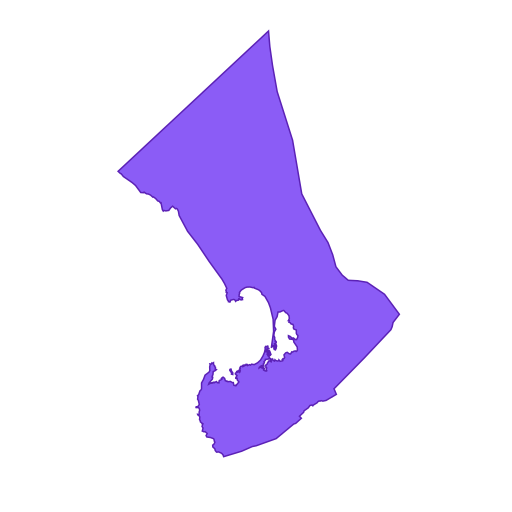 Kota Jayapura, Papua, Indonesia, rotated 227°
{"feature_id": "22746128B85346986276333", "entity_name": "Kota Jayapura", "entity_type": "district", "adm_level": 2, "iso_a3": "IDN", "parent_name": "Indonesia", "parent_adm1": "Papua", "projection": "robinson", "projection_center": [140.72, -2.651], "detail": "fine", "context": "isolated", "style": "filled", "palette": "violet", "viewbox_px": 512, "rotation_deg": 227, "n_neighbors": 0, "source": "geoboundaries", "source_scale": "gbopen_adm2", "svg_char_len": 6153}
<svg xmlns="http://www.w3.org/2000/svg" viewBox="0 0 512 512"><g transform="rotate(227 256 256)"><path d="M113.9,310.9L115.6,321.1L140.4,323.9L161.0,319.3L168.5,313.5L175.3,306.9L183.2,306.0L193.6,307.1L204.5,312.9L216.7,317.8L230.8,320.6L270.2,331.8L315.7,361.7L361.8,383.6L383.9,397.9L399.8,409.0L412.0,418.6L412.0,212.9L408.7,213.1L408.1,213.5L404.6,213.2L394.1,215.5L389.7,216.0L381.0,215.0L378.8,217.1L379.0,217.7L376.2,218.3L374.8,219.5L372.6,220.4L369.4,220.7L369.2,221.3L366.4,221.8L363.3,221.7L361.9,222.5L359.9,222.3L359.7,222.8L353.7,219.1L352.1,218.8L352.1,219.7L350.5,220.8L348.8,223.3L349.4,226.3L349.3,229.0L345.4,229.3L345.0,230.3L344.0,230.5L341.7,229.8L338.0,227.4L320.7,222.8L304.2,221.3L283.8,218.0L262.2,215.3L257.4,214.2L252.3,212.6L251.5,210.6L250.5,210.3L250.0,209.5L248.8,209.9L247.4,207.3L243.3,205.2L241.8,205.2L241.4,204.7L240.1,205.5L240.9,207.4L239.6,209.9L238.6,210.6L236.7,210.2L236.8,211.3L235.7,213.0L236.5,214.2L236.3,214.5L235.9,214.1L234.0,215.2L233.3,216.4L234.3,216.9L234.7,217.9L237.9,216.0L239.4,217.5L240.0,218.8L240.7,219.1L241.1,222.1L240.3,226.4L239.4,228.2L237.4,230.5L235.0,232.1L234.3,233.2L233.7,232.9L229.6,234.8L228.0,235.1L225.4,235.1L223.9,234.2L220.4,235.0L213.3,233.3L208.3,231.2L198.1,225.4L188.9,217.5L178.4,204.6L178.7,206.1L177.0,210.1L177.3,210.2L178.3,208.2L178.8,206.3L179.2,207.2L178.7,207.4L178.1,209.1L178.4,209.8L179.1,209.9L178.5,210.6L179.0,211.9L179.6,212.3L180.1,211.9L180.1,212.3L182.2,212.7L183.6,214.1L185.8,214.9L188.0,217.7L188.9,220.6L192.0,221.4L196.0,226.1L197.2,230.0L200.0,233.9L198.7,235.4L197.6,238.8L197.1,239.2L194.3,239.1L192.9,239.7L189.9,239.4L187.7,237.9L186.9,236.3L186.3,236.3L186.4,235.8L186.0,236.1L185.1,234.9L184.0,235.5L182.3,235.3L180.8,236.4L179.0,235.6L178.0,234.3L176.7,233.9L174.4,235.0L172.0,232.8L170.6,232.3L169.4,232.5L168.1,231.1L167.2,228.7L168.0,227.8L170.5,227.5L171.5,226.3L173.7,226.2L175.6,225.4L174.5,224.4L172.4,223.9L170.1,225.9L168.7,226.1L167.3,225.0L161.4,224.1L159.1,222.3L158.8,221.3L158.0,221.1L158.7,221.2L158.8,220.2L159.8,220.0L160.5,218.8L160.8,217.2L161.5,216.8L160.8,214.5L161.8,213.6L164.3,213.1L164.9,211.6L164.6,209.0L162.2,207.7L161.9,206.7L162.5,205.9L162.4,204.7L161.6,204.9L161.2,204.1L162.5,201.8L164.4,201.9L164.0,201.3L164.3,200.3L166.2,199.1L167.2,199.1L166.6,197.9L167.9,197.3L169.3,197.9L169.3,197.3L170.2,196.9L170.1,195.9L168.8,195.7L168.3,194.9L170.1,194.4L170.6,193.5L169.7,191.7L169.4,191.8L169.9,191.4L169.3,190.1L169.6,188.5L167.6,187.4L166.9,187.5L165.9,185.9L165.6,185.9L164.1,185.4L164.9,185.4L164.9,185.0L165.6,184.4L167.2,183.8L167.9,185.3L168.2,184.4L168.8,185.0L169.2,184.8L169.5,185.5L169.7,184.5L170.7,185.2L170.8,184.2L171.2,184.3L170.9,183.7L171.4,183.7L171.4,184.3L171.8,183.6L172.0,182.0L172.3,182.4L172.1,185.1L170.8,186.7L171.1,187.3L172.0,187.6L172.2,189.3L173.2,189.7L173.4,191.8L174.0,192.3L170.8,196.7L172.5,196.2L172.9,196.8L175.1,196.7L175.4,197.7L174.7,198.0L174.2,197.4L173.6,198.6L175.0,200.0L174.6,200.1L176.9,201.1L177.5,200.5L177.8,200.9L177.9,200.4L176.1,199.4L176.3,198.6L175.6,198.2L176.2,197.6L176.2,198.1L176.8,198.0L176.4,199.3L177.7,199.5L177.3,198.5L177.9,198.4L178.5,199.6L179.1,199.4L179.5,197.9L180.1,198.1L180.2,199.6L179.0,199.9L178.6,200.7L180.6,200.6L180.6,201.8L179.9,201.6L179.8,202.3L180.7,202.0L181.9,203.2L182.5,202.8L182.5,201.4L183.3,201.2L182.7,199.9L181.9,199.6L179.7,196.4L178.1,192.8L176.8,188.3L176.8,184.4L177.8,180.6L179.9,179.0L180.0,177.5L181.0,177.1L181.6,175.2L182.7,175.6L183.2,175.2L183.0,174.5L183.5,174.5L183.3,173.8L183.9,173.1L183.6,172.7L184.0,173.0L184.1,172.8L183.6,172.7L184.1,170.8L185.0,170.6L185.7,169.4L185.1,167.7L184.5,167.9L184.2,167.5L184.2,166.3L183.4,166.0L183.0,166.3L182.5,165.5L182.0,165.8L182.3,165.6L181.9,165.3L182.2,165.4L182.1,164.8L182.8,165.0L183.3,164.4L183.4,163.4L184.1,162.9L184.3,160.9L183.8,160.4L181.6,160.6L181.5,159.9L180.9,159.5L181.0,158.5L180.3,157.8L179.3,158.7L178.2,157.8L175.6,157.6L175.1,154.8L175.3,153.6L174.8,153.4L174.8,152.8L176.5,151.6L178.9,153.1L179.5,152.4L181.8,151.7L183.2,149.7L183.8,149.8L184.5,148.9L185.2,149.0L185.7,148.5L187.9,149.6L189.9,149.3L190.1,147.9L189.6,147.5L189.9,147.1L189.2,146.9L189.5,145.2L189.9,144.6L189.8,143.8L188.5,142.4L189.6,141.4L191.2,141.4L191.6,139.6L192.2,139.4L192.0,138.7L192.9,138.5L192.9,137.1L193.1,136.9L193.2,137.5L193.8,136.7L194.5,133.9L195.2,135.2L195.7,140.1L196.8,141.6L197.3,141.3L197.9,141.9L198.6,143.6L200.6,145.8L199.9,148.5L200.0,149.6L201.0,149.0L202.3,150.5L203.4,150.3L203.8,150.9L205.5,150.9L206.9,152.1L207.0,151.1L207.9,150.9L207.5,149.5L208.5,148.7L207.7,148.3L206.5,146.5L203.7,144.1L203.1,142.5L203.6,137.5L201.5,133.3L200.3,129.6L195.9,125.5L195.5,124.0L195.6,123.0L193.7,119.5L193.7,117.9L192.8,117.7L191.1,115.6L189.8,115.4L186.1,113.3L185.5,110.5L186.5,109.5L186.4,109.0L186.0,108.8L184.3,110.6L182.9,110.4L181.5,109.5L180.8,108.2L178.9,106.3L178.8,105.9L180.0,105.3L179.7,105.1L177.7,105.4L176.6,105.1L174.8,103.1L173.5,102.9L172.7,102.2L170.4,102.5L170.2,102.2L169.5,102.7L168.2,100.3L166.3,99.9L164.6,97.3L162.8,98.1L162.3,99.0L159.5,99.3L158.7,97.0L157.2,96.6L154.3,98.9L151.3,100.4L149.8,99.9L149.3,99.3L147.9,99.0L147.1,97.1L147.2,95.3L145.8,94.2L143.1,94.4L141.5,93.5L139.7,93.4L139.3,93.5L138.3,95.0L135.2,96.3L133.2,96.3L131.3,95.5L123.0,112.4L119.2,123.3L117.1,126.7L108.7,146.2L107.4,169.0L106.5,170.9L106.4,178.5L109.2,178.5L109.2,184.2L110.0,185.6L109.3,190.7L109.9,193.5L108.8,195.3L107.7,195.4L107.9,196.2L107.0,200.5L107.2,202.3L106.9,203.3L106.2,203.8L105.8,205.0L104.3,205.9L102.6,208.7L100.0,220.4L105.7,222.5L107.6,265.7L110.1,304.4L111.4,307.3L113.9,310.9ZM186.7,158.1L186.3,157.5L185.2,158.2L186.5,159.4L188.5,159.6L190.3,160.6L190.8,160.0L190.8,159.5L190.0,158.7L189.0,158.8L186.7,158.1ZM177.7,207.4L176.0,205.9L175.2,205.6L174.1,206.2L174.7,207.6L176.1,206.6L176.7,207.1L176.1,208.4L175.1,207.7L174.9,207.9L175.7,208.9L176.4,208.9L176.1,209.5L176.6,209.8L177.7,207.4ZM184.3,162.9L183.5,164.6L183.1,164.8L184.2,164.7L184.7,163.1L184.3,162.9ZM184.8,170.7L184.3,170.9L184.1,172.7L184.4,172.9L184.8,172.3L184.4,171.4L184.9,171.4L184.8,170.7Z" fill="#8b5cf6" stroke="#5b21b6" stroke-width="1.5"/></g></svg>